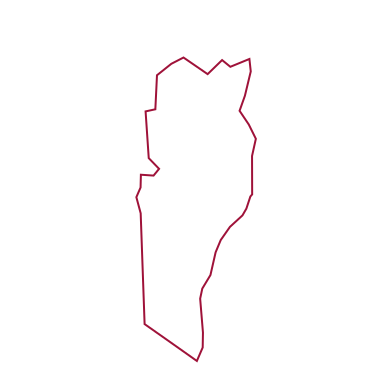 the district of Rishtan, Ferghana, Uzbekistan, rotated 300°
{"feature_id": "79887680B55536658077788", "entity_name": "Rishtan", "entity_type": "district", "adm_level": 2, "iso_a3": "UZB", "parent_name": "Uzbekistan", "parent_adm1": "Ferghana", "projection": "robinson", "projection_center": [71.249, 40.386], "detail": "fine", "context": "isolated", "style": "outline", "palette": "rose", "viewbox_px": 384, "rotation_deg": 300, "n_neighbors": 0, "source": "geoboundaries", "source_scale": "gbopen_adm2", "svg_char_len": 616}
<svg xmlns="http://www.w3.org/2000/svg" viewBox="0 0 384 384"><g transform="rotate(300 192 192)"><path d="M53.9,217.0L50.7,252.6L48.1,280.7L62.7,279.0L75.7,271.8L103.7,252.4L113.5,249.2L129.3,249.5L151.6,242.6L164.8,240.9L180.8,242.3L197.0,247.4L204.8,247.4L217.3,244.8L220.0,245.3L253.2,226.0L270.0,220.7L278.8,207.5L286.1,192.6L301.8,189.7L325.8,182.6L335.9,175.2L319.6,162.6L321.3,152.1L301.9,146.6L304.2,117.4L292.7,110.0L275.6,103.3L245.3,118.9L238.6,111.5L199.7,137.6L195.6,151.9L187.0,150.5L181.4,139.1L170.2,145.2L159.7,146.4L147.9,158.2L53.9,217.0Z" fill="none" stroke="#9f1239" stroke-width="2"/></g></svg>